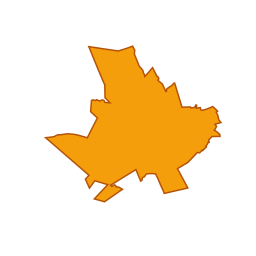 the district of Bulawayo, Bulawayo, Zimbabwe, rotated 314°
{"feature_id": "62879985B51719638002761", "entity_name": "Bulawayo", "entity_type": "district", "adm_level": 2, "iso_a3": "ZWE", "parent_name": "Zimbabwe", "parent_adm1": "Bulawayo", "projection": "natural_earth1", "projection_center": [28.57, -20.11], "detail": "fine", "context": "isolated", "style": "filled", "palette": "amber", "viewbox_px": 256, "rotation_deg": 314, "n_neighbors": 0, "source": "geoboundaries", "source_scale": "gbopen_adm2", "svg_char_len": 2236}
<svg xmlns="http://www.w3.org/2000/svg" viewBox="0 0 256 256"><g transform="rotate(314 128 128)"><path d="M158.4,194.9L159.9,196.8L163.6,196.7L163.6,197.4L168.9,197.5L168.9,196.7L172.3,196.2L172.7,195.7L173.2,195.6L174.1,196.3L175.5,194.3L180.2,194.4L185.9,200.0L187.2,198.3L186.9,193.8L186.5,192.2L186.2,191.7L187.5,191.4L187.8,191.4L190.7,190.6L190.9,188.6L190.9,188.3L191.3,187.9L191.6,188.2L196.5,191.1L196.9,188.0L197.2,187.3L198.6,185.1L199.5,183.8L200.7,180.4L202.4,180.7L202.3,174.1L196.4,171.6L192.2,169.0L191.6,167.9L192.9,165.8L191.7,164.9L189.7,163.5L190.0,163.0L191.6,162.1L192.0,161.5L192.0,161.2L191.7,160.8L189.2,161.6L186.9,160.1L186.3,159.5L186.6,158.4L180.5,152.4L180.8,151.8L192.7,130.4L192.1,129.8L189.1,130.0L187.7,129.7L186.2,129.2L185.2,129.3L184.4,128.9L182.6,128.8L181.1,130.2L180.5,129.8L183.5,122.3L183.1,116.2L184.9,116.0L185.7,113.7L185.2,113.2L188.5,103.8L185.9,103.9L182.8,104.1L179.4,104.2L176.8,104.4L177.7,103.0L178.5,100.4L179.1,99.8L179.2,99.7L179.8,98.4L180.2,95.1L180.2,93.3L185.6,81.2L188.6,78.9L190.1,74.5L183.4,71.2L178.5,68.5L176.8,67.6L175.0,65.2L167.0,54.1L162.2,47.3L159.3,43.3L149.7,65.1L144.9,76.3L143.2,80.5L143.2,81.3L142.4,81.8L133.8,90.5L133.6,97.5L131.6,95.1L130.9,94.4L130.3,93.4L130.8,92.6L131.1,91.5L130.7,90.6L130.1,89.8L127.7,88.7L127.0,87.2L126.8,86.2L126.4,85.7L125.3,85.6L124.5,84.5L123.9,83.2L122.5,82.6L113.8,89.7L114.0,99.0L107.9,100.8L92.7,105.5L88.0,96.7L85.2,92.5L81.7,88.4L77.0,84.7L76.7,84.6L74.6,82.4L72.1,81.3L71.0,81.1L69.4,80.1L63.8,75.5L66.9,132.8L61.6,132.9L58.0,142.0L67.0,140.8L73.2,152.8L53.6,153.0L58.6,162.3L80.1,166.6L79.5,164.3L79.3,163.2L78.9,162.4L78.3,161.3L77.4,160.5L77.9,159.6L77.8,157.9L77.0,157.5L75.3,157.3L74.5,156.4L74.8,155.2L86.9,158.3L87.0,158.3L103.6,162.6L103.2,163.5L98.6,174.0L99.7,174.4L100.3,174.1L100.9,174.0L101.4,173.6L101.8,173.1L102.1,172.9L102.5,172.9L102.9,173.0L103.1,173.1L103.6,173.3L104.0,173.6L104.3,173.7L104.5,173.7L105.7,173.4L107.0,173.2L107.7,173.2L108.3,173.6L111.0,176.0L111.7,176.7L112.4,177.5L114.0,179.7L114.1,179.8L113.8,180.7L112.1,185.3L109.6,191.1L108.2,194.8L106.8,198.2L106.1,199.5L126.4,212.7L133.1,191.8L140.6,193.8L144.9,195.0L158.4,194.9Z" fill="#f59e0b" stroke="#b45309" stroke-width="1.5"/></g></svg>